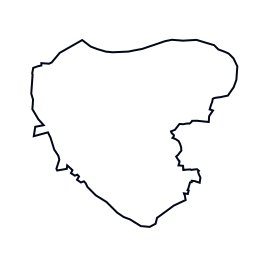 Jos North, Plateau, Nigeria (Natural Earth projection), rotated 277°
{"feature_id": "59680162B88998270560680", "entity_name": "Jos North", "entity_type": "district", "adm_level": 2, "iso_a3": "NGA", "parent_name": "Nigeria", "parent_adm1": "Plateau", "projection": "natural_earth1", "projection_center": [8.888, 9.939], "detail": "fine", "context": "isolated", "style": "outline", "palette": "ink", "viewbox_px": 256, "rotation_deg": 277, "n_neighbors": 0, "source": "geoboundaries", "source_scale": "gbopen_adm2", "svg_char_len": 2166}
<svg xmlns="http://www.w3.org/2000/svg" viewBox="0 0 256 256"><g transform="rotate(277 128 128)"><path d="M171.0,26.3L170.2,26.3L169.4,26.8L165.6,27.0L161.8,27.2L156.0,27.5L150.3,27.8L144.6,30.3L139.5,30.6L138.8,30.6L135.0,30.8L125.7,38.0L120.5,44.0L117.9,35.8L108.4,35.5L113.9,49.1L108.9,52.3L97.6,57.4L92.0,62.2L88.2,63.7L78.8,61.9L77.2,62.9L80.0,72.2L83.5,72.2L79.4,78.0L76.2,76.9L74.2,81.1L75.5,83.4L73.9,85.3L70.4,83.7L68.2,87.9L69.7,90.7L68.3,92.5L64.5,95.0L57.2,104.3L51.9,115.8L51.7,116.0L46.4,122.8L42.7,127.5L39.2,134.4L38.8,135.9L37.5,141.2L32.2,152.7L32.5,161.6L36.3,167.0L42.4,167.8L44.4,170.0L50.4,176.4L56.5,182.8L60.6,189.3L62.7,192.7L63.5,194.0L67.0,192.9L68.0,192.6L69.5,191.7L70.0,191.5L69.9,193.3L69.8,195.4L73.4,195.8L73.6,194.7L75.2,195.2L81.5,196.2L81.7,196.4L82.0,197.8L83.4,197.7L83.4,199.4L83.4,200.7L82.4,205.8L86.9,205.9L87.6,205.9L89.5,204.7L90.4,204.1L92.2,203.2L93.2,202.9L94.1,203.6L95.5,201.5L94.6,197.6L94.1,195.9L94.5,194.9L93.6,190.1L93.0,188.2L93.1,187.9L93.7,187.8L94.3,188.0L95.1,187.5L95.9,187.6L97.2,187.2L97.1,184.5L97.0,182.7L97.9,182.9L98.4,182.8L98.8,183.0L99.3,183.1L99.5,183.1L99.8,183.2L100.4,183.2L100.7,183.2L100.8,183.1L101.4,183.1L101.6,182.9L101.4,182.6L103.1,181.3L104.7,179.9L105.6,179.3L107.6,181.1L109.3,182.0L111.0,183.0L111.3,183.4L112.2,183.7L115.1,183.1L115.6,183.0L118.7,181.5L121.1,179.9L122.8,176.6L123.6,173.4L124.3,173.9L125.0,174.3L125.7,174.5L126.1,174.5L126.5,174.4L126.9,174.0L128.1,172.2L128.9,171.5L129.9,171.1L131.9,174.8L137.8,178.3L138.3,178.7L138.5,182.5L139.4,185.0L140.0,188.7L141.9,190.3L142.9,190.7L143.6,195.6L143.8,207.4L149.7,207.1L155.7,210.2L156.4,206.8L160.0,207.4L164.3,208.4L167.3,208.6L168.1,209.8L168.7,211.3L169.9,216.0L172.4,223.3L174.9,224.5L181.3,227.9L189.0,229.7L196.7,229.3L202.5,229.0L210.0,224.2L214.1,218.9L215.4,214.9L217.0,208.1L220.7,203.4L222.2,194.4L223.8,185.3L221.4,172.0L220.9,160.8L218.7,154.2L214.5,145.5L208.2,132.4L206.5,127.0L206.1,125.7L203.9,119.1L201.3,103.6L201.1,96.9L202.6,87.8L204.3,81.0L209.7,71.8L194.3,51.1L183.8,44.3L182.2,41.8L181.8,34.1L179.5,34.4L178.2,30.8L176.1,26.6L171.0,26.3Z" fill="none" stroke="#020617" stroke-width="2"/></g></svg>